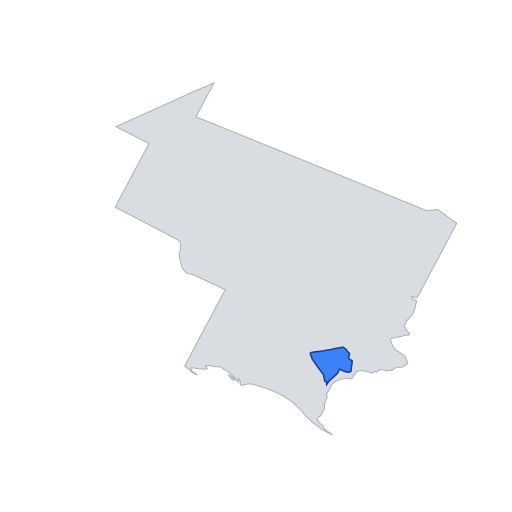 Aleg, Brakna, Mauritania shown in context, rotated 298°
{"feature_id": "47542326B53604404291210", "entity_name": "Aleg", "entity_type": "district", "adm_level": 2, "iso_a3": "MRT", "parent_name": "Mauritania", "parent_adm1": "Brakna", "projection": "equal_earth", "projection_center": [-13.702, 17.041], "detail": "fine", "context": "in_parent", "style": "filled", "palette": "blue", "viewbox_px": 512, "rotation_deg": 298, "n_neighbors": 0, "source": "geoboundaries", "source_scale": "gbopen_adm2", "svg_char_len": 4221}
<svg xmlns="http://www.w3.org/2000/svg" viewBox="0 0 512 512"><g transform="rotate(298 256 256)"><path d="M228.5,438.5L228.0,438.3L225.6,436.1L224.5,433.5L222.6,431.6L220.0,430.3L218.3,428.9L217.6,427.2L216.6,426.1L215.6,425.5L215.5,424.9L215.7,424.1L215.5,422.6L214.0,419.2L212.6,417.7L211.4,417.9L210.7,417.5L210.3,416.7L210.1,415.7L209.3,414.7L207.8,414.3L206.7,411.8L205.8,407.2L204.7,403.6L203.3,401.1L202.3,400.1L201.6,399.9L201.3,399.5L201.1,398.8L200.1,398.5L198.5,399.3L197.2,399.0L196.5,397.8L195.6,397.7L194.4,398.7L193.1,398.4L191.7,396.8L190.9,395.1L190.7,393.5L188.3,390.3L183.5,385.5L178.3,383.2L172.7,383.5L169.6,383.3L168.9,382.5L168.2,382.6L167.5,383.5L166.7,383.7L166.0,383.2L165.5,383.6L165.3,384.8L163.3,385.4L159.5,385.4L156.5,386.2L154.2,387.7L150.9,388.3L146.6,388.1L144.1,387.6L143.2,386.7L142.0,386.5L140.4,387.0L139.0,389.3L137.7,393.7L136.7,396.1L135.9,396.7L135.0,399.9L134.5,405.3L133.7,407.7L133.8,394.3L135.0,389.3L135.4,384.9L138.1,375.2L141.2,367.2L144.1,356.7L145.2,346.5L144.9,336.5L144.1,327.7L142.7,321.8L141.4,313.4L139.3,308.9L135.6,305.0L134.8,302.8L135.7,301.9L137.9,301.3L139.4,298.3L136.3,299.5L139.9,290.2L141.1,283.9L140.9,279.7L141.6,277.1L138.9,271.6L136.9,264.6L135.8,263.5L134.7,262.9L134.6,264.6L133.9,266.0L132.6,265.2L130.3,260.1L127.2,251.8L126.0,251.0L125.1,252.1L124.5,253.2L123.3,260.1L123.0,257.4L123.5,254.1L124.3,250.2L125.3,244.7L128.1,244.7L133.1,244.7L143.2,244.7L148.2,244.7L158.2,244.6L163.3,244.6L173.3,244.6L178.4,244.6L188.4,244.6L193.4,244.6L203.5,244.6L208.5,244.6L211.8,244.6L211.6,240.6L211.5,237.6L211.3,233.4L211.0,229.2L210.8,225.1L210.6,221.2L210.4,217.3L210.2,213.7L210.1,210.4L209.8,208.6L208.7,204.8L208.5,202.9L208.8,200.9L209.5,199.1L211.4,195.7L214.4,193.1L217.8,190.1L220.4,187.8L221.7,187.2L225.7,186.4L228.9,184.7L232.0,183.0L233.3,182.0L233.5,178.9L233.1,108.7L248.4,108.7L252.4,108.7L280.6,108.7L284.6,108.7L305.0,108.7L305.0,105.4L304.9,100.7L304.8,94.2L304.7,87.7L304.5,76.4L304.5,71.6L308.5,74.7L316.7,81.1L320.8,84.3L329.0,90.6L337.2,97.0L345.5,103.4L349.6,106.6L353.7,109.8L357.8,112.9L362.0,116.1L370.2,122.5L373.7,125.2L379.0,129.5L384.0,133.6L389.0,137.6L381.4,137.6L371.3,137.6L364.4,137.6L357.3,137.6L350.7,137.6L351.4,144.2L352.1,151.5L352.9,158.7L353.6,165.9L354.4,173.2L356.7,194.9L357.4,202.2L358.2,209.5L358.9,216.8L359.7,224.1L361.2,238.7L362.0,246.0L362.7,253.3L363.5,260.6L364.2,268.0L365.0,275.3L366.5,290.0L367.2,297.3L368.0,304.7L368.7,312.1L369.5,319.4L370.2,326.8L371.0,334.2L371.7,341.6L373.2,356.4L374.0,363.8L374.7,371.2L375.4,378.6L376.2,385.8L378.9,389.6L382.3,394.4L381.4,401.1L380.3,409.1L379.2,417.9L370.0,417.9L360.9,417.9L338.2,417.9L333.6,417.9L310.9,417.9L306.4,417.9L297.6,417.9L295.0,417.7L294.0,417.0L293.7,412.5L292.9,412.8L292.0,414.1L291.5,415.6L291.7,417.5L291.6,419.1L288.7,419.7L284.7,420.8L280.6,421.6L276.4,421.3L275.0,420.9L273.4,420.3L270.1,419.7L268.3,419.6L266.2,419.8L263.7,420.1L263.0,420.9L261.1,424.3L259.4,428.3L258.2,428.3L256.9,426.1L253.2,422.0L248.8,416.7L246.8,414.0L245.8,413.7L243.7,415.6L241.9,417.4L240.1,420.0L239.2,422.5L238.5,425.4L238.3,428.9L237.6,432.9L236.1,436.2L234.3,438.6L232.9,439.8L232.4,440.4L228.5,438.5ZM137.9,292.6L136.5,295.4L135.9,294.3L135.7,292.4L136.9,289.7L137.5,288.3L138.6,287.8L137.9,292.6Z" fill="#d9dde1" stroke="#a8b0b8" stroke-width="1"/><path d="M216.3,375.5L212.5,370.7L211.5,369.3L210.1,367.8L208.8,366.3L207.9,365.1L206.9,364.0L206.6,363.4L202.4,358.0L200.6,355.4L199.6,353.8L198.7,352.6L198.0,351.7L196.9,350.3L195.6,349.5L192.6,352.7L191.3,354.2L186.4,363.6L186.3,364.1L185.8,364.8L185.7,365.3L185.6,365.6L185.3,366.1L185.1,366.7L184.8,367.2L184.6,367.6L184.2,368.4L182.8,371.4L177.8,375.4L178.1,377.1L175.6,378.8L178.2,379.0L178.8,378.9L179.5,379.3L180.2,379.5L181.0,379.7L182.2,380.0L183.0,380.4L184.2,380.7L184.9,381.0L186.5,381.7L187.4,381.9L188.6,382.4L190.5,383.0L191.3,382.9L192.2,383.0L195.3,382.9L195.7,388.8L196.6,392.0L197.5,393.0L198.5,394.0L199.4,393.7L201.7,392.8L207.4,390.8L208.3,390.4L208.3,389.4L208.7,389.4L208.9,386.7L209.7,385.4L213.2,384.7L213.4,384.6L214.0,383.9L214.5,382.4L214.5,381.7L215.3,380.5L215.9,379.3L216.1,378.0L216.2,376.6L216.3,375.5Z" fill="#3b82f6" stroke="#1e3a8a" stroke-width="1.5"/></g></svg>